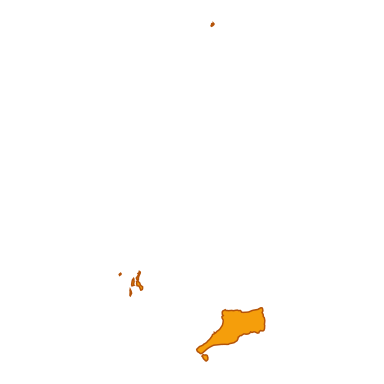 Motalava, Torba, Vanuatu (Albers equal-area conic projection)
{"feature_id": "77236927B68296465422624", "entity_name": "Motalava", "entity_type": "district", "adm_level": 2, "iso_a3": "VUT", "parent_name": "Vanuatu", "parent_adm1": "Torba", "projection": "albers", "projection_center": [167.627, -13.483], "detail": "fine", "context": "isolated", "style": "filled", "palette": "amber", "viewbox_px": 384, "rotation_deg": 0, "n_neighbors": 0, "source": "geoboundaries", "source_scale": "gbopen_adm2", "svg_char_len": 3612}
<svg xmlns="http://www.w3.org/2000/svg" viewBox="0 0 384 384"><path d="M197.7,351.7L199.1,352.5L200.4,353.6L201.4,353.5L202.5,353.0L203.6,352.0L204.8,351.0L206.1,349.8L207.7,348.5L209.5,347.3L211.6,346.2L212.8,345.6L213.8,345.2L221.3,344.4L224.8,344.3L227.0,344.4L228.2,344.4L229.7,343.6L231.3,343.3L234.0,342.7L237.0,340.7L237.8,339.2L238.3,337.1L239.0,336.8L240.1,335.6L241.3,335.6L242.4,334.8L243.6,334.0L244.4,333.9L246.1,334.2L248.0,334.0L249.6,333.3L250.6,331.9L251.7,332.4L252.7,332.3L253.8,331.8L254.8,331.9L256.2,332.5L257.3,333.1L258.8,332.9L259.4,331.5L260.7,330.5L261.3,330.8L263.0,330.9L263.9,330.3L264.5,328.8L264.7,325.5L264.4,324.4L264.6,322.9L264.7,321.7L264.8,320.6L264.5,318.8L264.3,317.8L263.3,316.5L263.3,315.9L263.1,314.3L262.4,313.2L262.1,312.5L262.9,310.9L262.6,308.8L262.0,307.8L260.8,307.8L259.0,308.7L258.0,309.4L255.8,309.8L255.3,309.9L253.4,310.2L251.9,310.6L250.3,311.3L248.6,312.0L246.8,312.2L244.4,312.3L243.3,312.4L241.6,312.2L241.1,311.3L240.4,310.5L238.5,310.6L237.4,310.1L235.5,310.3L233.5,310.7L231.6,310.4L229.5,310.6L228.4,310.7L227.3,310.5L226.6,310.5L226.0,310.5L225.2,309.7L224.1,310.4L223.1,310.7L222.2,312.0L222.3,314.3L223.3,315.6L222.0,316.4L222.0,317.8L223.2,320.0L223.2,321.1L223.0,322.7L222.4,325.2L220.6,328.0L219.9,329.0L219.2,329.7L218.1,330.6L217.1,331.2L215.5,333.0L215.0,332.7L214.3,332.4L214.4,333.5L213.9,334.0L213.3,334.1L212.5,334.7L212.3,335.3L212.0,336.1L210.3,338.5L209.9,339.0L209.1,339.8L207.6,341.2L207.5,341.5L206.6,342.4L205.6,343.2L204.3,343.9L203.8,344.1L203.2,344.8L202.4,345.3L201.9,345.6L201.2,345.9L200.4,346.2L199.8,346.4L199.5,346.6L198.6,347.4L196.7,349.3L197.0,350.7L197.7,351.7ZM136.5,281.3L136.8,282.0L136.6,283.5L137.0,285.7L138.4,286.0L139.1,286.3L140.2,288.6L140.7,290.1L141.6,290.0L142.4,289.3L142.6,288.3L142.6,286.8L140.8,285.5L140.3,284.7L139.7,283.0L138.7,282.0L137.9,280.5L136.5,281.3ZM203.3,358.4L203.5,358.7L203.8,359.0L204.8,359.9L205.1,360.2L205.3,360.6L205.7,360.8L206.1,361.0L206.5,360.9L206.7,360.7L206.9,360.5L207.1,360.2L207.4,360.1L207.6,359.8L207.8,359.5L207.8,359.1L207.8,358.8L207.8,358.6L207.9,358.3L207.8,358.1L207.8,357.7L207.9,357.4L207.8,357.1L207.6,356.8L207.5,356.6L207.4,356.3L207.4,355.9L207.2,355.6L206.9,355.3L206.6,355.1L206.3,355.0L205.9,355.0L205.4,354.9L205.0,355.0L204.4,355.0L204.0,355.0L203.7,354.9L203.3,354.7L203.2,354.7L202.9,354.9L202.7,355.1L202.4,355.4L202.2,355.7L202.0,356.2L202.0,356.4L202.3,356.6L202.6,356.7L202.8,357.0L202.9,357.3L203.1,357.9L203.3,358.4ZM132.0,285.9L134.1,285.2L133.7,284.9L133.6,283.8L133.9,282.8L134.1,281.4L133.9,280.4L133.9,279.1L133.6,278.4L132.5,279.8L132.1,281.4L131.8,283.4L131.6,285.0L132.0,285.9ZM139.3,271.4L139.0,272.8L137.9,273.5L138.5,274.4L138.5,274.8L137.3,276.6L136.3,278.0L136.7,279.2L138.4,279.4L138.4,278.5L138.6,277.0L139.2,275.4L139.8,274.1L140.3,272.8L140.2,272.0L139.3,271.4ZM130.0,290.6L130.2,291.7L130.0,294.4L130.0,295.6L130.3,295.9L130.6,295.3L131.6,293.3L131.4,292.4L131.2,291.5L130.7,290.4L130.2,289.4L130.0,290.6ZM212.4,23.7L212.2,23.6L211.8,23.6L211.7,23.7L211.7,23.9L211.7,24.0L211.7,24.4L211.8,24.4L211.7,24.6L211.6,24.8L211.4,25.0L211.2,25.3L211.1,25.5L211.1,25.9L211.2,26.0L211.3,26.1L211.7,26.3L211.8,26.2L212.0,26.0L212.1,25.9L212.3,25.9L212.5,25.7L212.9,25.5L213.0,25.3L213.2,25.1L213.4,25.0L213.4,24.9L213.5,24.8L213.5,24.7L213.8,24.5L213.9,24.3L214.0,24.2L214.0,23.9L213.8,23.8L213.7,23.7L213.4,23.4L213.4,23.2L213.2,23.0L213.2,23.3L213.1,23.5L212.9,23.6L212.6,23.6L212.4,23.7ZM119.2,274.4L119.6,275.4L120.9,274.5L121.1,273.9L120.6,273.2L119.7,273.9L119.2,274.4Z" fill="#f59e0b" stroke="#b45309" stroke-width="1.5"/></svg>